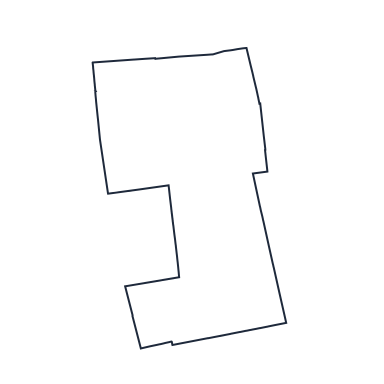 Stefan Voda, Calarasi, Romania (Albers equal-area conic projection), rotated 75°
{"feature_id": "2599482B59698871742145", "entity_name": "Stefan Voda", "entity_type": "district", "adm_level": 2, "iso_a3": "ROU", "parent_name": "Romania", "parent_adm1": "Calarasi", "projection": "albers", "projection_center": [27.367, 44.346], "detail": "fine", "context": "isolated", "style": "outline", "palette": "slate", "viewbox_px": 384, "rotation_deg": 75, "n_neighbors": 0, "source": "geoboundaries", "source_scale": "gbopen_adm2", "svg_char_len": 3130}
<svg xmlns="http://www.w3.org/2000/svg" viewBox="0 0 384 384"><g transform="rotate(75 192 192)"><path d="M171.9,273.5L175.9,242.4L177.7,227.6L179.5,212.9L182.3,213.3L192.8,214.9L197.7,215.6L201.9,216.2L203.0,216.4L205.2,216.7L205.3,216.7L205.5,216.8L205.8,216.8L206.0,216.8L206.5,216.9L206.9,217.0L207.1,217.0L207.4,217.0L207.6,217.1L207.8,217.1L208.0,217.1L208.5,217.2L208.9,217.2L209.1,217.3L209.3,217.3L209.6,217.3L209.8,217.4L210.0,217.4L210.4,217.5L210.7,217.5L210.9,217.5L211.1,217.6L211.3,217.6L211.5,217.6L211.9,217.7L212.2,217.7L212.4,217.7L212.6,217.8L212.8,217.8L213.0,217.8L213.4,217.9L213.6,217.9L213.9,218.0L214.1,218.0L214.3,218.0L214.5,218.0L214.9,218.1L215.1,218.1L215.3,218.2L215.5,218.2L216.2,218.3L216.6,218.3L216.8,218.4L217.0,218.4L217.6,218.5L219.1,218.7L219.4,218.7L220.2,218.8L222.2,219.1L225.0,219.5L227.0,219.8L229.2,220.1L233.1,220.6L236.4,221.1L237.8,221.3L240.3,221.6L240.5,221.7L242.0,221.9L246.7,222.6L250.2,223.1L251.4,223.3L252.6,223.5L255.2,223.9L256.0,224.0L259.1,224.5L261.0,224.8L263.9,225.3L265.9,225.6L267.0,225.8L268.1,226.0L271.0,226.5L265.8,281.0L295.8,281.3L296.3,281.6L329.9,281.9L330.0,278.2L330.2,272.3L330.4,268.7L330.6,265.3L330.7,262.8L330.8,262.0L330.9,259.0L330.9,257.7L330.9,257.0L331.1,252.8L331.1,250.8L331.2,250.7L331.3,250.5L331.3,250.4L331.5,250.3L333.2,250.4L334.0,250.5L334.4,250.5L334.7,250.5L334.8,249.4L337.2,215.9L337.3,214.5L337.4,214.4L338.8,194.7L339.0,191.9L339.0,190.6L339.1,189.9L339.1,189.6L339.6,182.1L339.7,181.5L340.0,176.2L340.1,175.4L340.2,174.3L340.3,172.0L340.4,171.1L340.5,169.7L340.5,169.3L340.8,165.5L341.0,161.8L341.1,161.5L341.5,155.0L341.6,153.9L341.6,153.6L341.6,153.1L342.0,146.6L342.5,139.2L342.8,134.9L338.4,134.7L312.6,133.7L286.4,132.6L285.0,132.6L283.6,132.5L282.0,132.5L263.0,131.7L241.0,130.7L238.6,130.6L237.0,130.6L236.1,130.5L233.6,130.4L227.8,130.3L224.2,130.1L223.3,130.1L223.0,130.1L221.2,130.0L207.5,129.3L189.9,128.4L191.8,113.9L191.4,113.8L177.5,111.7L170.4,110.6L170.4,110.3L169.7,110.1L156.0,108.1L124.2,103.2L124.2,104.0L118.8,103.7L118.2,103.6L117.0,103.6L113.1,103.4L108.8,103.2L108.0,103.2L96.3,102.9L95.5,102.8L94.5,102.8L91.7,102.7L90.8,102.7L85.9,102.6L85.3,102.6L74.2,102.3L67.0,102.1L66.8,103.1L66.4,105.7L65.7,111.7L65.7,112.1L65.6,113.1L65.4,115.7L65.1,118.2L64.5,122.4L64.2,124.6L64.2,124.9L64.5,135.9L64.5,136.2L64.5,136.4L64.4,136.6L64.2,137.5L63.3,142.2L57.8,169.7L55.0,186.2L54.0,192.0L53.9,192.9L53.3,192.9L53.2,192.9L51.3,202.3L49.1,213.6L49.0,214.0L41.2,254.4L41.3,254.5L43.3,254.8L44.6,255.0L45.3,255.1L46.7,255.4L47.9,255.6L48.7,255.7L50.0,255.9L50.4,256.0L50.9,256.1L51.7,256.2L52.1,256.3L52.8,256.4L53.3,256.5L53.7,256.5L54.1,256.6L54.8,256.7L55.0,256.8L55.4,256.8L55.7,256.9L56.0,256.9L59.7,257.6L60.4,257.7L61.0,257.8L61.6,257.9L62.2,258.0L62.6,258.0L62.9,258.1L63.3,258.2L63.9,258.3L67.1,258.8L67.5,258.9L68.5,259.0L69.0,259.1L69.7,258.9L69.7,259.1L69.9,259.0L70.1,259.2L70.5,259.5L71.0,259.7L71.8,259.8L73.9,260.2L78.2,260.9L79.7,261.2L92.8,263.3L96.0,263.8L97.4,264.0L99.8,264.4L117.4,267.3L118.2,267.4L151.4,271.2L171.5,273.5L171.9,273.5Z" fill="none" stroke="#1e293b" stroke-width="2"/></g></svg>